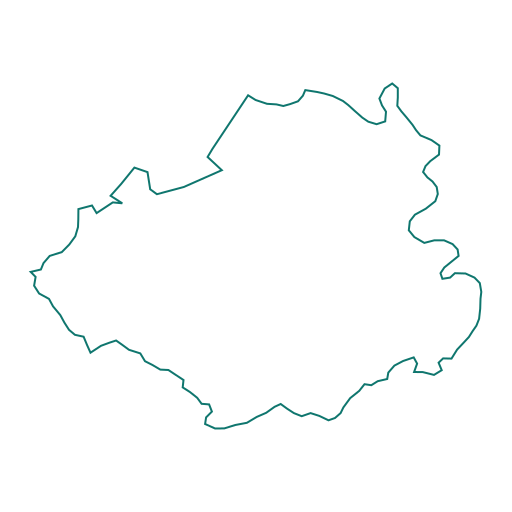 outline of Ouro, Santa Catarina, Brazil, rotated 270°
{"feature_id": "56859067B86517883329655", "entity_name": "Ouro", "entity_type": "district", "adm_level": 2, "iso_a3": "BRA", "parent_name": "Brazil", "parent_adm1": "Santa Catarina", "projection": "natural_earth1", "projection_center": [-51.682, -27.276], "detail": "fine", "context": "isolated", "style": "outline", "palette": "teal", "viewbox_px": 512, "rotation_deg": 270, "n_neighbors": 0, "source": "geoboundaries", "source_scale": "gbopen_adm2", "svg_char_len": 2095}
<svg xmlns="http://www.w3.org/2000/svg" viewBox="0 0 512 512"><g transform="rotate(270 256 256)"><path d="M421.9,305.3L416.3,302.9L410.7,298.0L407.9,290.1L406.0,283.3L407.6,276.5L408.2,267.0L412.0,255.6L416.7,248.1L363.2,212.5L355.0,207.6L341.8,221.8L325.0,183.8L317.8,156.9L322.7,150.2L339.9,147.5L344.4,134.4L328.1,121.2L316.2,110.6L308.7,122.3L309.6,112.8L298.9,96.6L306.5,92.0L302.9,78.4L292.7,78.3L284.9,78.0L275.7,75.3L267.5,69.3L259.9,61.8L256.1,49.7L248.9,43.5L242.5,40.9L240.1,30.7L235.1,35.6L226.3,34.1L218.5,39.1L213.1,49.0L205.7,53.0L196.9,60.3L189.4,64.4L182.2,69.0L177.2,74.9L175.3,83.6L167.1,87.0L159.3,90.5L166.2,101.0L169.3,109.4L171.5,116.1L167.2,122.2L162.2,129.0L158.6,140.3L150.8,145.0L147.0,152.5L142.4,160.3L142.0,168.4L137.0,175.9L132.0,183.5L124.6,182.7L120.0,189.9L114.2,197.2L108.2,201.6L107.6,209.1L100.4,211.9L94.6,206.1L88.0,205.1L83.5,215.1L83.6,224.3L87.0,235.3L89.2,246.9L95.1,256.8L99.2,266.2L105.2,274.6L108.0,280.7L103.4,287.0L98.9,293.9L95.8,301.7L98.9,310.6L96.1,319.3L91.7,328.5L94.0,335.0L98.9,340.6L104.6,343.4L113.9,350.2L121.1,359.2L127.8,364.5L126.8,371.3L130.8,377.7L133.0,387.2L139.4,388.3L146.4,394.4L151.0,403.1L154.6,413.7L148.4,417.1L140.0,414.1L139.9,422.8L137.1,434.0L141.8,441.7L149.3,438.6L153.6,443.1L153.4,451.5L162.4,457.1L169.6,463.9L175.0,468.9L181.0,472.7L186.3,476.4L193.2,479.1L203.2,480.2L213.2,480.5L220.1,481.3L228.9,479.8L234.4,474.5L238.5,465.5L238.8,454.9L234.4,450.1L233.2,442.4L238.8,440.5L244.5,444.3L251.0,452.3L256.1,458.6L262.5,457.6L267.9,452.6L271.7,444.0L271.7,434.4L269.1,424.3L274.9,414.4L281.7,408.8L290.7,409.8L297.3,414.9L303.3,425.8L310.8,435.3L318.0,437.8L325.0,436.7L330.5,432.5L334.6,427.4L340.0,423.1L345.9,425.5L350.9,430.3L357.4,439.0L366.4,439.4L371.9,431.5L376.6,420.4L381.9,416.0L387.2,412.5L394.6,406.5L400.7,401.3L406.2,397.3L414.5,397.8L423.8,397.8L428.5,392.2L423.5,384.7L413.5,379.4L406.6,382.0L400.3,386.0L390.6,385.2L387.8,376.6L390.3,368.3L394.4,362.3L401.0,354.8L406.9,348.3L411.0,343.0L416.0,332.8L418.5,324.1L420.0,317.2L421.9,305.3Z" fill="none" stroke="#0f766e" stroke-width="2"/></g></svg>